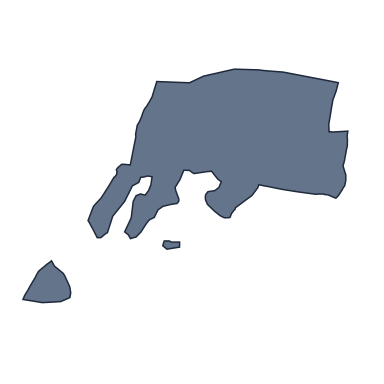 Al Qanawis, Al Hudaydah, Yemen, rotated 9°
{"feature_id": "15242507B48405542462206", "entity_name": "Al Qanawis", "entity_type": "district", "adm_level": 2, "iso_a3": "YEM", "parent_name": "Yemen", "parent_adm1": "Al Hudaydah", "projection": "orthographic", "projection_center": [43.073, 15.421], "detail": "fine", "context": "isolated", "style": "filled", "palette": "slate", "viewbox_px": 384, "rotation_deg": 9, "n_neighbors": 0, "source": "geoboundaries", "source_scale": "gbopen_adm2", "svg_char_len": 3824}
<svg xmlns="http://www.w3.org/2000/svg" viewBox="0 0 384 384"><g transform="rotate(9 192 192)"><path d="M319.4,61.1L298.1,60.4L297.0,60.4L273.1,59.6L263.3,59.3L244.3,60.8L241.3,60.9L239.5,60.9L238.5,61.0L214.7,64.0L205.9,67.5L205.1,67.8L197.0,71.1L195.6,71.6L185.2,75.8L173.6,83.7L172.4,84.5L172.0,84.6L170.0,84.8L169.2,84.9L167.3,85.1L164.4,85.5L139.9,88.4L138.2,100.7L137.7,104.3L137.6,104.5L135.6,110.1L135.3,110.7L133.8,114.4L133.2,115.4L132.1,117.4L131.5,119.5L131.4,120.1L130.9,122.5L130.7,123.7L130.3,126.1L129.7,128.3L129.6,128.7L128.8,131.5L127.5,134.5L127.4,138.7L127.3,142.4L127.2,143.5L127.9,146.2L127.2,164.4L126.8,174.9L123.7,175.1L123.4,175.1L121.6,175.2L118.9,175.5L118.2,175.7L114.8,179.7L114.3,180.7L113.8,181.7L114.8,184.0L114.8,184.7L114.8,186.5L113.8,188.4L113.6,188.9L113.5,189.1L113.2,189.3L112.6,189.7L108.9,199.1L108.1,201.0L106.4,204.8L104.7,208.7L103.7,210.9L103.3,211.9L97.0,221.4L96.2,224.9L93.8,236.5L95.7,238.7L98.3,242.2L98.8,242.8L99.0,243.0L101.6,246.5L105.5,251.9L106.1,251.8L106.8,251.7L109.0,251.4L110.9,249.3L113.9,245.9L114.5,245.7L114.8,245.5L117.5,228.3L126.9,211.9L128.0,208.4L130.4,201.0L130.7,200.0L132.1,195.3L132.8,194.8L136.8,191.7L138.0,190.8L138.2,189.5L138.7,187.3L138.8,186.9L139.0,186.0L139.1,185.4L141.7,184.9L145.8,183.1L150.2,183.2L150.2,183.3L150.2,184.6L150.2,185.9L150.3,191.1L148.9,197.4L148.8,197.6L146.2,202.4L143.2,202.2L142.8,202.1L141.3,202.0L137.4,204.4L135.4,210.4L136.0,226.6L136.0,226.9L135.0,230.6L131.7,241.9L133.6,243.0L135.9,244.3L138.5,247.7L142.2,245.9L143.0,245.6L143.9,245.2L144.2,244.6L145.4,243.0L147.7,239.7L152.1,229.8L153.0,228.3L154.4,226.0L158.7,223.1L159.9,219.1L161.3,214.8L162.5,213.7L163.2,213.0L165.6,210.7L170.8,208.5L171.9,208.0L172.3,207.8L172.8,207.7L178.3,205.9L179.0,205.7L180.0,204.0L180.4,203.2L180.1,201.0L179.7,200.3L176.2,194.0L175.6,192.9L174.6,190.1L176.6,185.4L178.2,181.6L178.2,181.4L179.3,176.8L180.5,171.8L180.6,171.7L184.0,171.3L186.0,171.1L190.9,173.5L191.7,173.3L192.6,173.0L195.5,172.1L198.1,171.3L198.8,171.1L199.3,170.9L201.1,170.3L202.2,170.0L202.7,169.8L203.5,169.6L206.2,168.9L208.0,168.4L210.2,170.4L210.5,170.7L215.5,175.3L219.4,177.3L219.2,178.2L218.6,179.9L218.0,183.2L217.0,184.2L215.1,186.2L214.1,187.2L212.1,187.8L209.5,188.6L207.7,189.2L206.2,191.9L205.9,192.5L205.9,194.7L206.6,197.7L209.2,201.8L217.5,207.6L223.5,211.0L227.9,212.4L232.6,211.6L233.7,210.8L233.8,210.0L233.9,209.1L234.0,208.7L234.8,206.2L235.9,204.3L236.3,203.6L236.6,203.2L237.2,202.3L237.3,202.2L237.3,200.8L238.5,199.6L241.9,196.1L246.6,191.3L251.8,186.1L252.8,184.1L256.3,177.5L256.8,174.4L258.7,174.5L265.2,174.7L266.5,174.7L275.2,175.1L281.6,175.3L296.6,175.3L314.3,174.9L317.9,174.1L322.9,173.4L323.3,173.8L326.5,173.5L332.9,175.1L335.1,175.6L337.0,172.9L338.5,169.8L339.6,167.2L340.1,166.0L341.0,163.4L341.8,162.3L342.1,156.5L341.4,152.0L341.2,151.0L337.1,142.7L337.4,139.9L337.7,137.1L337.8,132.4L337.9,127.2L338.2,122.1L337.4,116.4L337.4,116.1L336.7,113.7L336.5,111.8L336.4,110.5L336.4,109.2L336.4,107.5L330.5,108.8L320.9,110.9L319.9,110.7L317.9,111.0L317.9,110.9L317.3,107.5L316.5,103.9L316.5,102.2L316.6,95.7L316.6,88.1L316.7,81.1L316.7,79.4L316.8,78.6L317.2,76.7L318.6,69.6L319.4,61.1ZM41.9,324.6L43.4,324.6L49.6,324.6L52.3,324.6L61.4,324.7L70.3,322.8L79.4,320.8L83.5,318.2L87.9,315.4L88.0,310.7L87.7,309.7L86.5,306.0L86.3,305.5L86.1,304.7L85.8,304.3L83.7,301.1L79.1,294.2L77.0,292.1L76.7,292.0L67.7,286.7L64.0,281.9L62.9,283.2L61.7,284.4L60.2,285.9L59.4,286.7L59.2,287.0L58.1,288.3L56.6,290.0L53.6,293.4L53.2,293.9L52.7,294.7L52.5,295.1L51.0,299.3L50.6,300.9L48.6,305.7L48.1,307.0L46.3,311.7L45.2,314.8L43.6,318.6L42.8,320.7L41.9,324.6ZM187.6,243.4L179.4,244.7L177.3,243.9L172.3,244.7L172.2,244.8L171.5,249.6L176.1,252.4L188.3,248.4L187.9,245.3L187.6,243.4Z" fill="#64748b" stroke="#1e293b" stroke-width="1.5"/></g></svg>